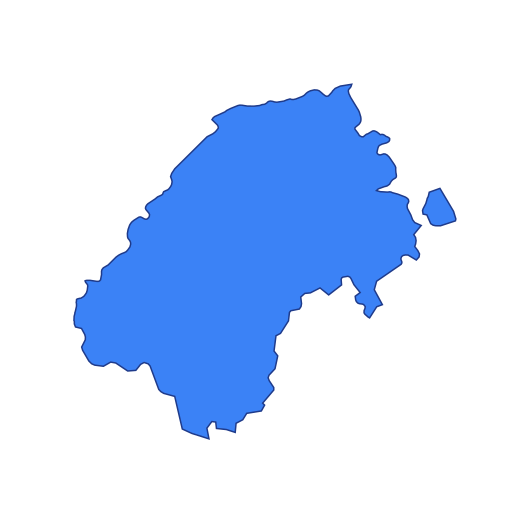 the border of Ciudad Real, rotated 133°
{"feature_id": "ESP-5816", "entity_name": "Ciudad Real", "entity_type": "Autonomous Community", "adm_level": 1, "iso_a3": "ESP", "parent_name": "Spain", "parent_adm1": "", "projection": "albers", "projection_center": [-4.048, 38.963], "detail": "fine", "context": "isolated", "style": "filled", "palette": "blue", "viewbox_px": 512, "rotation_deg": 133, "n_neighbors": 0, "source": "natural_earth", "source_scale": "10m", "svg_char_len": 4419}
<svg xmlns="http://www.w3.org/2000/svg" viewBox="0 0 512 512"><g transform="rotate(133 256 256)"><path d="M429.5,181.9L432.8,191.9L414.1,219.7L419.4,229.8L420.1,233.1L419.9,236.1L408.7,258.4L408.4,261.3L410.2,265.2L413.9,266.5L421.6,265.9L427.6,271.4L429.9,285.6L432.7,289.9L440.7,292.4L445.8,299.5L446.9,302.7L446.8,306.6L443.2,318.5L441.5,321.4L433.7,323.7L431.6,325.5L430.2,327.7L428.0,334.2L431.0,339.6L429.6,342.5L427.7,344.3L427.4,345.1L424.1,347.9L421.5,349.3L420.8,349.9L420.0,350.2L415.5,352.8L414.5,353.6L413.2,354.9L412.9,355.4L412.6,355.8L412.3,356.1L411.4,356.5L411.0,356.9L410.7,357.3L410.1,357.6L409.3,357.4L407.5,356.3L406.3,355.3L404.6,354.8L402.9,354.4L400.6,354.6L398.6,354.9L396.1,356.1L392.8,358.5L391.9,359.6L391.5,362.3L391.2,363.4L390.6,364.1L389.3,363.2L387.0,360.8L383.3,355.4L382.2,354.1L381.0,353.4L379.5,353.4L374.9,356.3L372.5,358.6L371.0,359.4L368.7,359.6L363.4,358.0L352.2,357.6L349.1,357.0L346.2,356.0L343.3,354.6L341.4,353.9L339.0,353.9L335.3,354.4L332.7,355.8L331.5,357.2L330.9,358.7L330.6,360.2L330.4,361.6L329.7,362.9L327.3,365.4L323.7,367.7L319.5,369.5L317.5,369.9L315.6,370.0L312.9,369.6L307.6,368.2L306.4,367.4L305.8,366.2L305.4,364.7L305.1,363.3L304.5,362.0L303.6,361.0L302.0,360.7L300.0,360.9L298.3,362.1L297.7,363.6L297.1,368.2L296.5,369.4L295.3,370.2L293.5,370.7L291.5,370.7L283.1,368.7L279.9,368.3L275.8,366.6L274.5,366.4L273.4,366.9L272.0,367.4L269.4,366.4L267.9,365.7L266.1,365.5L263.5,365.8L261.4,366.4L258.9,368.0L257.8,369.5L256.2,372.6L253.0,374.0L247.6,374.9L202.1,373.1L196.0,370.9L192.8,370.4L189.5,370.6L188.1,370.8L187.0,372.2L186.5,373.6L186.3,381.2L184.0,381.6L182.1,381.3L171.8,377.0L169.6,376.7L165.5,375.2L158.4,371.9L156.8,370.8L155.3,369.1L152.2,364.5L147.7,359.6L143.5,356.0L141.1,354.8L139.2,353.2L137.0,352.5L135.5,352.5L134.0,352.0L132.8,351.1L131.5,349.2L130.7,347.5L129.3,345.6L123.6,341.2L120.9,340.0L117.9,338.2L117.4,337.0L116.2,335.5L114.1,334.0L107.6,330.9L105.5,330.3L102.4,330.2L100.4,329.8L98.1,328.9L94.8,326.7L92.9,324.4L92.1,322.5L91.9,319.3L91.9,317.7L91.6,314.6L91.0,313.2L89.5,312.2L84.7,312.2L82.9,312.5L79.4,312.4L74.2,310.2L65.1,303.1L67.5,302.0L69.4,301.8L70.5,301.8L71.3,301.7L72.4,301.0L73.9,298.9L75.5,294.9L79.5,280.6L80.3,278.6L82.8,274.3L84.0,272.9L85.1,271.9L86.4,271.1L87.8,270.7L89.4,270.5L93.8,271.1L95.0,271.0L95.8,270.0L96.6,265.4L97.4,262.5L96.8,260.2L95.8,258.9L91.6,258.3L90.5,257.6L85.1,256.0L84.0,255.1L83.4,253.9L82.9,252.4L82.7,250.8L82.6,249.4L82.5,247.9L82.4,247.7L81.9,247.4L81.1,246.8L80.4,245.7L80.0,244.3L79.9,242.7L79.3,241.2L78.9,239.7L78.9,238.4L80.1,237.3L81.5,236.9L82.9,237.2L84.3,237.7L88.2,240.1L91.1,241.2L92.6,241.0L94.0,240.4L97.9,238.1L98.4,236.8L98.1,235.0L97.0,233.8L94.3,232.3L93.3,231.1L92.7,229.0L92.8,226.1L94.7,217.6L95.4,215.3L96.1,214.0L97.3,213.0L99.5,210.7L100.5,209.3L101.5,208.1L102.5,207.3L103.8,207.2L106.6,208.0L108.1,208.1L109.5,208.0L112.4,207.3L115.1,207.8L116.4,208.5L117.7,209.4L123.2,212.2L124.0,212.4L126.0,212.5L124.2,209.0L119.6,203.4L117.8,201.9L117.0,200.6L116.8,199.7L114.1,194.6L111.1,187.2L110.7,185.4L110.7,183.2L111.8,181.6L113.2,180.9L114.9,180.6L116.5,179.5L118.0,177.6L120.4,170.7L122.7,166.2L123.3,162.7L121.0,156.0L132.8,155.2L133.6,152.0L135.6,149.4L138.3,147.5L140.8,146.4L141.7,141.3L143.0,137.8L145.5,136.1L149.6,136.0L151.6,145.4L153.4,147.5L155.3,148.8L157.2,149.1L159.2,148.2L159.8,147.4L160.8,145.4L161.6,144.6L163.1,144.2L192.2,150.6L200.0,146.5L205.4,130.4L210.8,133.1L223.8,130.7L224.2,132.4L224.3,136.6L223.9,138.2L222.2,139.7L220.1,140.5L218.5,141.6L218.1,144.2L218.6,145.4L220.4,147.9L221.0,149.4L220.9,151.5L220.1,153.2L217.8,156.0L211.7,154.9L210.2,164.8L207.7,171.2L207.4,173.1L208.2,175.0L212.1,178.0L213.6,178.4L215.0,177.8L218.8,173.7L234.9,176.3L235.7,187.4L245.9,191.1L250.1,194.8L255.5,195.3L259.8,190.2L262.3,188.6L265.2,188.1L272.3,193.2L274.4,193.1L281.3,188.0L295.9,185.3L300.7,187.0L313.2,178.0L314.2,172.0L325.5,165.2L334.3,165.2L336.8,164.1L338.2,161.2L340.1,153.3L341.9,151.6L359.1,150.8L359.2,148.0L365.7,146.4L377.4,155.5L384.8,154.0L391.9,156.5L399.2,150.9L403.1,159.3L409.1,167.3L404.9,172.2L407.2,175.4L415.4,174.5L421.8,165.7L429.5,181.9ZM94.3,134.1L108.1,141.7L111.4,145.3L112.7,147.5L113.2,150.3L109.4,159.1L111.4,162.4L109.2,165.2L107.5,166.0L101.8,167.6L98.2,169.4L97.2,170.0L96.0,170.4L95.2,170.5L91.2,172.8L81.1,167.6L88.6,142.0L92.6,135.1L94.3,134.1Z" fill="#3b82f6" stroke="#1e3a8a" stroke-width="1.5"/></g></svg>